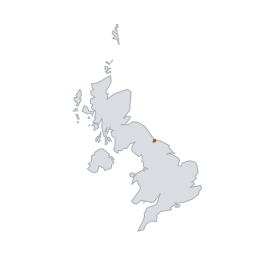 United Kingdom, with Hartlepool highlighted, rotated 340°
{"feature_id": "GBR-2030", "entity_name": "Hartlepool", "entity_type": "Unitary Authority", "adm_level": 1, "iso_a3": "GBR", "parent_name": "United Kingdom", "parent_adm1": "", "projection": "mercator", "projection_center": [-1.233, 54.666], "detail": "fine", "context": "in_parent", "style": "filled", "palette": "amber", "viewbox_px": 256, "rotation_deg": 340, "n_neighbors": 0, "source": "natural_earth", "source_scale": "10m", "svg_char_len": 3968}
<svg xmlns="http://www.w3.org/2000/svg" viewBox="0 0 256 256"><g transform="rotate(340 128 128)"><path d="M136.1,200.4L127.0,206.4L124.2,206.0L120.7,203.0L117.1,203.3L118.6,201.8L115.5,200.4L110.1,202.4L107.7,201.0L106.3,198.0L118.0,190.4L119.8,186.7L118.7,185.5L118.5,180.2L112.4,182.1L116.7,176.1L122.1,173.3L126.7,172.6L129.1,174.1L128.4,171.7L129.4,171.2L131.0,173.3L132.8,173.2L129.4,169.6L130.9,165.7L129.6,163.7L131.2,161.6L131.5,157.8L128.4,158.6L123.9,150.7L125.2,146.9L129.7,143.6L124.3,143.7L120.0,146.8L116.9,145.6L114.1,147.2L110.9,145.6L110.0,148.5L107.6,145.4L107.2,143.0L108.4,143.0L112.4,133.5L110.2,129.8L110.9,125.5L113.4,125.3L110.7,123.2L111.1,121.2L106.8,126.2L106.7,122.9L109.1,119.7L105.0,123.8L105.0,128.5L103.2,135.6L100.9,136.1L103.7,127.9L102.5,127.7L103.4,119.4L107.0,109.7L102.1,114.1L97.1,110.5L101.3,107.9L99.9,106.9L102.8,103.1L103.1,100.5L100.6,97.7L100.6,95.9L102.9,94.4L101.2,92.0L102.6,87.8L107.4,87.8L104.7,84.0L105.5,80.7L108.9,80.2L108.1,77.7L108.8,74.1L115.0,75.1L129.6,72.7L127.9,79.0L119.7,86.2L119.2,88.4L121.1,89.0L118.2,93.8L127.0,91.2L139.9,91.3L142.1,93.1L143.0,95.8L135.4,112.1L126.8,117.3L131.3,116.6L133.8,118.1L133.6,119.4L126.3,123.6L121.8,122.4L129.6,125.1L134.3,123.6L139.1,126.0L144.3,132.2L148.8,148.2L154.7,151.8L160.9,158.8L159.6,160.5L163.0,167.9L158.9,165.6L154.8,165.9L158.7,166.4L164.6,172.8L165.5,175.9L162.2,180.3L164.7,182.0L167.6,179.3L175.2,180.0L179.2,183.0L180.1,186.0L178.5,193.9L174.8,196.5L175.2,198.6L169.7,200.6L171.2,201.3L171.2,203.3L166.2,205.1L176.7,206.8L176.5,209.9L172.8,212.1L171.9,214.2L163.9,216.9L153.5,216.9L146.8,214.7L147.7,215.9L140.3,217.5L141.1,219.2L140.3,219.6L130.1,217.7L125.9,219.1L122.9,225.6L117.5,223.0L111.9,224.7L107.8,228.9L102.1,228.3L110.1,220.7L113.4,216.7L114.1,213.3L116.4,212.5L117.6,209.8L128.7,209.5L136.1,200.4ZM98.3,160.0L91.6,159.9L91.7,158.0L87.9,153.6L84.5,158.5L81.5,158.4L78.9,157.1L75.9,152.8L80.0,150.2L78.3,148.3L82.1,147.0L84.0,142.3L85.6,141.1L86.9,141.9L88.5,139.4L93.5,138.3L97.1,138.8L101.5,146.1L99.8,149.3L102.9,148.9L104.1,151.9L103.9,153.0L101.9,151.0L102.1,154.1L103.1,154.3L102.6,156.0L100.3,156.7L98.3,160.0ZM96.4,78.2L95.0,81.6L92.6,83.6L94.0,85.0L88.4,90.4L87.1,89.1L89.4,86.9L87.3,85.4L88.1,84.4L87.0,83.5L87.6,81.0L90.8,81.6L90.3,79.4L96.0,75.3L96.4,78.2ZM97.0,95.2L97.0,98.9L102.0,100.6L98.6,104.2L98.1,101.1L95.1,101.1L90.5,96.4L94.7,92.0L97.0,95.2ZM147.4,31.5L149.5,35.6L150.7,35.0L148.1,47.0L148.1,41.2L144.2,38.5L147.3,37.4L145.2,33.9L147.4,31.5ZM100.8,117.6L95.2,118.6L97.0,114.8L95.1,113.3L97.4,111.9L101.0,114.8L100.8,117.6ZM116.2,171.3L119.1,173.3L115.6,176.3L113.7,174.1L113.6,171.9L116.2,171.3ZM97.1,125.5L97.5,130.6L95.3,131.5L95.3,128.3L93.3,129.8L94.1,126.9L97.1,125.5ZM129.6,63.2L129.4,65.1L132.6,66.1L128.4,66.9L126.4,64.8L127.5,62.3L129.6,63.2ZM107.9,134.5L105.5,133.9L105.1,130.4L107.1,130.0L107.9,134.5ZM150.5,218.1L148.6,219.8L145.3,218.5L147.9,216.7L150.5,218.1ZM98.8,127.6L97.7,126.2L101.4,121.9L100.6,124.1L98.8,127.6ZM85.8,91.7L87.0,92.8L86.0,94.6L82.5,93.3L85.8,91.7ZM85.3,102.8L83.9,102.5L83.6,97.6L85.1,97.8L85.3,102.8ZM150.8,33.5L149.5,31.6L150.2,29.1L151.3,29.8L150.8,33.5ZM133.0,61.4L132.1,61.9L129.6,58.6L130.4,58.1L133.0,61.4ZM128.4,69.4L127.2,69.7L126.0,67.1L127.2,67.2L128.4,69.4ZM153.6,27.1L153.1,29.9L152.0,29.6L152.1,27.1L153.6,27.1ZM136.1,59.7L133.7,60.5L136.4,59.1L136.1,59.7ZM95.5,105.7L94.8,105.9L93.9,104.7L95.1,104.1L95.5,105.7ZM131.2,68.8L130.4,70.2L129.7,68.9L131.2,68.8ZM92.9,112.2L91.4,112.9L93.4,111.5L92.9,112.2ZM83.5,105.7L82.6,106.0L82.2,105.6L83.1,104.7L83.5,105.7Z" fill="#d9dde1" stroke="#a8b0b8" stroke-width="1"/><path d="M148.6,147.8L148.8,148.0L149.4,148.3L149.2,148.4L149.2,148.5L149.3,148.6L149.3,148.8L149.4,149.0L149.5,149.1L149.4,149.3L149.0,149.5L149.1,149.8L149.0,150.0L148.4,150.0L147.8,149.9L147.3,149.7L147.1,149.6L147.2,149.4L147.7,149.2L147.8,148.6L148.0,148.4L148.1,148.1L148.6,147.8L148.6,147.8Z" fill="#f59e0b" stroke="#b45309" stroke-width="1.5"/></g></svg>